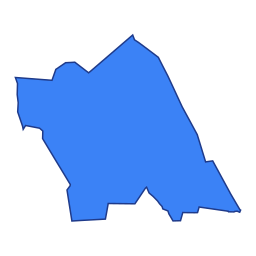 Lamadrid, Coahuila, Mexico
{"feature_id": "50627088B2503927833779", "entity_name": "Lamadrid", "entity_type": "district", "adm_level": 2, "iso_a3": "MEX", "parent_name": "Mexico", "parent_adm1": "Coahuila", "projection": "mercator", "projection_center": [-101.874, 27.163], "detail": "fine", "context": "isolated", "style": "filled", "palette": "blue", "viewbox_px": 256, "rotation_deg": 0, "n_neighbors": 0, "source": "geoboundaries", "source_scale": "gbopen_adm2", "svg_char_len": 1138}
<svg xmlns="http://www.w3.org/2000/svg" viewBox="0 0 256 256"><path d="M239.7,212.2L240.6,210.1L239.9,209.7L230.1,193.0L230.0,192.7L212.7,160.9L207.5,161.6L205.6,161.9L197.2,134.5L196.9,134.0L189.5,120.3L182.2,106.9L180.2,102.6L172.1,85.1L167.9,76.1L162.7,66.0L158.3,57.3L156.7,56.1L148.1,49.6L139.0,42.8L134.5,39.8L132.7,35.0L90.7,71.1L88.6,72.8L87.6,72.0L86.5,71.2L74.8,62.2L72.0,62.4L65.6,62.7L55.8,69.4L55.2,71.2L52.0,80.3L15.4,77.5L17.5,83.5L17.2,94.6L18.2,102.7L17.7,111.9L22.6,126.3L23.2,129.3L25.6,125.5L39.6,128.2L42.8,131.0L42.6,138.6L56.5,161.7L63.5,173.2L70.3,184.5L70.1,185.8L67.0,190.0L71.9,221.0L81.8,220.4L105.4,219.1L106.5,213.1L108.2,203.5L134.9,203.8L145.4,188.2L146.6,187.2L149.1,193.0L153.0,196.3L157.6,201.0L159.5,203.7L162.1,206.5L162.8,208.9L167.9,210.9L169.0,214.1L169.8,215.4L173.0,220.9L180.5,220.7L182.8,212.5L185.3,212.6L194.8,212.7L197.5,212.6L197.6,212.4L199.0,207.4L199.1,207.0L200.4,207.2L216.3,209.5L226.7,211.0L228.3,211.3L228.5,211.8L229.0,211.8L234.1,211.9L234.5,211.5L236.7,211.2L237.3,211.2L237.7,211.4L238.2,211.6L239.1,212.0L239.7,212.2Z" fill="#3b82f6" stroke="#1e3a8a" stroke-width="1.5"/></svg>